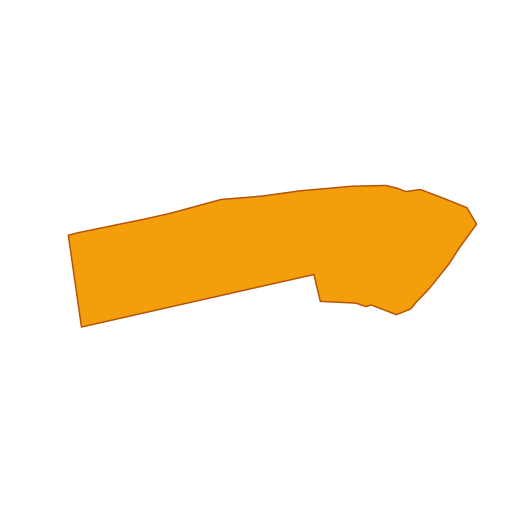 the district of Hauma, Tuvalu, rotated 122°
{"feature_id": "33948139B82290381825110", "entity_name": "Hauma", "entity_type": "district", "adm_level": 2, "iso_a3": "TUV", "parent_name": "Tuvalu", "parent_adm1": "", "projection": "orthographic", "projection_center": [176.112, -5.671], "detail": "fine", "context": "isolated", "style": "filled", "palette": "amber", "viewbox_px": 512, "rotation_deg": 122, "n_neighbors": 0, "source": "geoboundaries", "source_scale": "gbopen_adm2", "svg_char_len": 501}
<svg xmlns="http://www.w3.org/2000/svg" viewBox="0 0 512 512"><g transform="rotate(122 256 256)"><path d="M241.0,197.1L260.4,177.4L243.1,146.5L240.6,135.8L236.5,132.4L231.4,105.9L218.9,96.7L209.7,95.6L192.5,91.9L160.9,88.2L140.4,87.8L112.1,85.8L103.3,102.7L107.7,127.8L112.5,151.8L122.0,163.2L123.8,172.5L127.5,183.5L146.2,211.9L177.4,253.2L202.4,283.1L226.6,315.6L265.2,351.3L282.8,369.1L330.5,419.2L337.8,426.2L408.7,366.4L241.0,197.1Z" fill="#f59e0b" stroke="#b45309" stroke-width="1.5"/></g></svg>